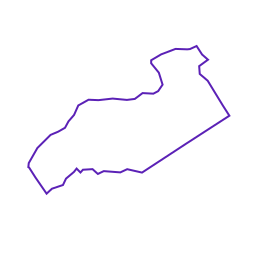 Benton, Tennessee, United States of America, rotated 236°
{"feature_id": "52423323B75177719130655", "entity_name": "Benton", "entity_type": "district", "adm_level": 2, "iso_a3": "USA", "parent_name": "United States of America", "parent_adm1": "Tennessee", "projection": "albers", "projection_center": [-88.034, 36.086], "detail": "fine", "context": "isolated", "style": "outline", "palette": "violet", "viewbox_px": 256, "rotation_deg": 236, "n_neighbors": 0, "source": "geoboundaries", "source_scale": "gbopen_adm2", "svg_char_len": 748}
<svg xmlns="http://www.w3.org/2000/svg" viewBox="0 0 256 256"><g transform="rotate(236 128 128)"><path d="M93.7,219.2L122.6,220.5L132.7,217.7L139.5,221.6L139.9,232.5L147.5,230.5L157.6,230.7L158.8,223.5L160.1,221.1L167.0,211.6L170.5,196.7L171.2,185.1L168.7,183.4L156.6,184.5L144.6,180.9L141.7,173.6L142.3,168.2L148.8,159.6L148.3,149.9L151.9,142.8L161.0,131.7L167.6,119.1L173.5,111.1L174.5,99.4L169.0,90.6L166.8,82.4L163.4,75.9L164.0,68.0L165.6,60.0L162.1,41.7L154.4,26.1L151.3,23.5L150.5,23.9L138.8,23.6L119.1,23.8L120.2,31.0L117.1,42.2L120.7,48.3L121.8,58.6L123.1,62.7L117.7,63.7L118.6,67.3L113.7,75.6L106.8,77.3L105.8,83.8L95.5,96.8L94.3,104.3L83.2,114.7L82.5,167.1L81.5,218.9L93.7,219.2Z" fill="none" stroke="#5b21b6" stroke-width="2"/></g></svg>